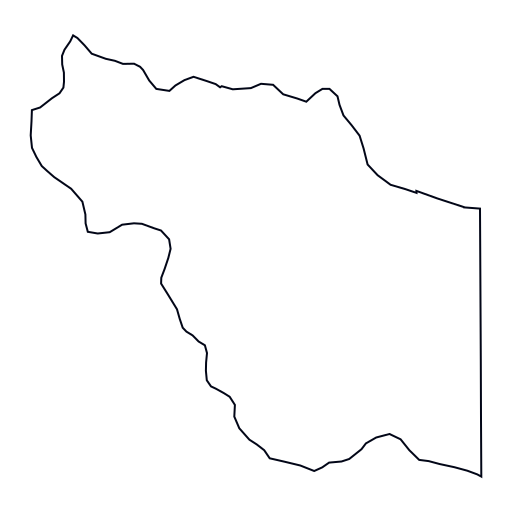 Al Jufrah, Natural Earth projection
{"feature_id": "LBY-2964", "entity_name": "Al Jufrah", "entity_type": "Municipality", "adm_level": 1, "iso_a3": "LBY", "parent_name": "Libya", "parent_adm1": "", "projection": "natural_earth1", "projection_center": [16.482, 27.933], "detail": "fine", "context": "isolated", "style": "outline", "palette": "ink", "viewbox_px": 512, "rotation_deg": 0, "n_neighbors": 0, "source": "natural_earth", "source_scale": "10m", "svg_char_len": 1619}
<svg xmlns="http://www.w3.org/2000/svg" viewBox="0 0 512 512"><path d="M31.9,110.1L40.1,107.5L52.0,98.2L59.5,93.3L63.4,87.6L64.0,81.8L63.9,72.6L62.2,64.5L62.0,55.9L64.5,49.7L70.2,41.4L73.1,35.4L77.4,38.0L84.5,45.3L91.7,53.7L105.8,58.8L114.9,60.8L123.0,63.9L134.0,63.7L140.1,66.8L143.1,70.0L149.2,80.5L156.3,88.9L169.4,90.9L175.4,85.5L184.5,80.1L193.5,76.8L206.6,81.0L215.7,84.1L220.1,87.3L221.7,86.2L232.8,89.3L250.9,88.1L261.0,83.8L273.1,84.8L283.2,94.3L297.2,98.5L306.3,101.7L315.4,93.2L322.4,88.9L329.5,88.9L337.5,96.3L339.5,104.8L343.5,115.5L351.5,125.1L359.6,135.7L363.6,148.5L367.6,164.5L377.6,175.2L390.6,184.8L405.6,189.2L416.5,192.9L416.4,190.9L437.2,198.4L464.2,207.2L464.2,207.4L480.0,208.6L480.8,361.2L481.0,418.9L481.3,476.6L477.3,474.4L467.3,470.7L454.4,467.2L439.5,464.0L428.7,461.1L419.2,459.9L409.4,450.3L400.6,439.3L389.5,434.0L376.2,437.5L365.9,443.4L361.5,449.2L349.2,459.0L341.5,461.5L329.1,462.6L322.2,467.4L314.2,471.0L300.3,465.5L284.1,461.6L269.7,458.3L264.2,450.2L256.7,444.4L249.4,439.7L239.3,428.3L234.3,416.6L234.9,404.9L229.7,396.8L224.0,393.2L215.7,388.6L211.0,386.4L206.8,380.3L205.9,370.8L206.1,362.4L206.9,354.1L207.0,353.1L204.9,345.3L198.6,341.5L192.6,335.4L186.4,331.6L182.7,327.7L179.7,318.8L177.0,309.3L168.0,294.6L161.1,283.6L161.2,280.2L161.3,277.7L164.6,269.0L168.3,258.0L170.6,248.8L169.1,239.3L161.0,230.5L154.2,228.3L141.9,223.8L134.0,223.3L122.1,224.7L109.7,232.2L97.7,233.5L87.8,231.8L85.6,223.4L85.4,214.5L82.4,201.7L71.2,188.8L54.3,177.2L47.4,171.2L41.8,166.1L36.4,157.0L32.0,147.9L30.7,135.4L31.5,121.4L31.9,110.1Z" fill="none" stroke="#020617" stroke-width="2"/></svg>